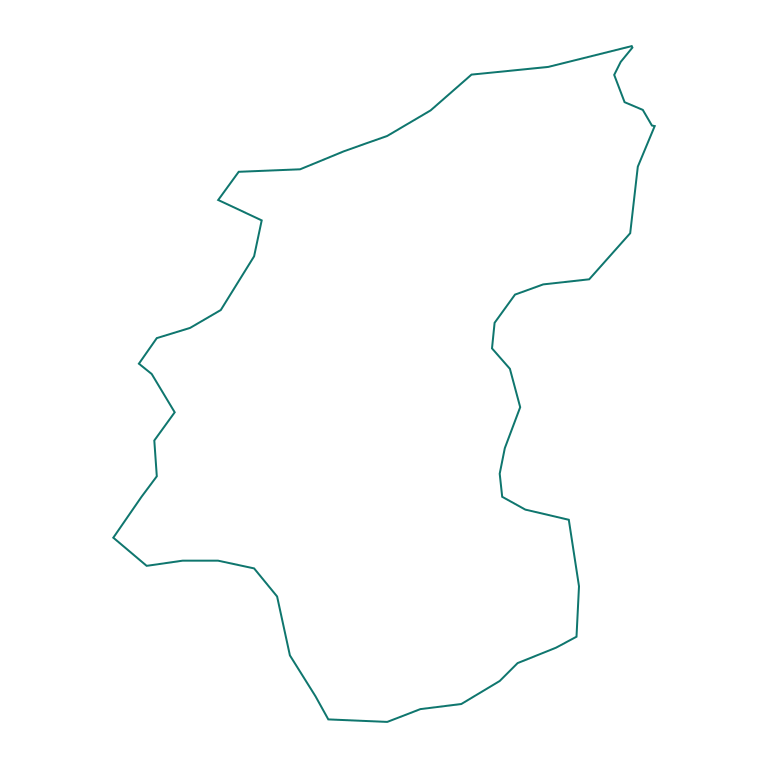 Töreboda, Västra Götaland, Sweden
{"feature_id": "70781695B31041938637991", "entity_name": "Töreboda", "entity_type": "district", "adm_level": 2, "iso_a3": "SWE", "parent_name": "Sweden", "parent_adm1": "Västra Götaland", "projection": "mercator", "projection_center": [14.213, 58.696], "detail": "fine", "context": "isolated", "style": "outline", "palette": "teal", "viewbox_px": 768, "rotation_deg": 0, "n_neighbors": 0, "source": "geoboundaries", "source_scale": "gbopen_adm2", "svg_char_len": 865}
<svg xmlns="http://www.w3.org/2000/svg" viewBox="0 0 768 768"><path d="M654.7,126.1L651.9,125.5L642.8,109.9L624.6,102.2L614.2,74.9L620.7,61.9L632.4,47.6L631.7,46.1L548.3,66.9L471.5,74.6L430.6,110.4L387.1,136.0L365.2,143.7L343.6,151.4L300.1,169.3L238.7,171.8L218.2,200.0L261.7,220.4L254.1,256.3L220.8,310.0L190.1,327.9L156.8,338.1L138.9,363.7L151.7,374.0L174.7,412.3L154.3,440.5L156.8,476.3L141.5,496.8L113.3,537.7L146.6,565.8L148.4,565.6L182.4,560.7L218.2,560.7L254.1,568.4L277.1,596.5L289.9,655.4L315.5,696.3L328.3,719.4L387.1,721.9L387.8,721.7L420.4,709.1L461.3,704.0L499.7,681.0L517.6,663.1L556.0,647.7L576.5,636.7L579.0,586.3L568.8,519.8L525.3,509.6L502.2,496.8L499.7,473.7L504.8,448.2L520.2,407.2L509.9,368.8L492.0,348.4L494.6,322.8L515.0,294.6L543.2,284.4L589.2,279.3L630.2,233.2L637.8,166.7L654.7,126.1Z" fill="none" stroke="#0f766e" stroke-width="2"/></svg>